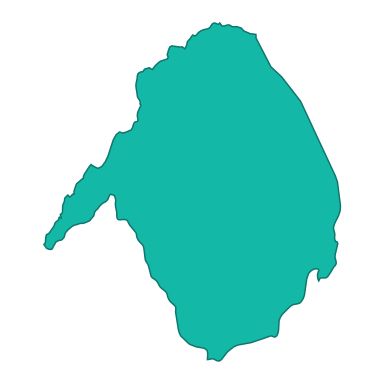 an SVG outline of Vakaga
{"feature_id": "CAF-812", "entity_name": "Vakaga", "entity_type": "Prefecture", "adm_level": 1, "iso_a3": "CAF", "parent_name": "Central African Republic", "parent_adm1": "", "projection": "equal_earth", "projection_center": [21.98, 9.792], "detail": "fine", "context": "isolated", "style": "filled", "palette": "teal", "viewbox_px": 384, "rotation_deg": 0, "n_neighbors": 0, "source": "natural_earth", "source_scale": "10m", "svg_char_len": 4545}
<svg xmlns="http://www.w3.org/2000/svg" viewBox="0 0 384 384"><path d="M255.9,34.4L256.1,38.2L270.9,66.8L281.7,76.9L300.6,101.3L317.9,138.5L335.2,175.6L337.4,181.8L340.5,206.0L340.0,211.3L338.6,215.5L334.7,223.4L333.5,227.4L333.5,228.9L334.5,232.4L334.8,234.2L334.6,238.6L334.9,239.9L335.7,241.7L336.5,241.6L337.1,241.9L337.7,243.1L337.7,244.0L335.1,254.9L335.0,257.4L336.1,261.6L336.2,263.7L335.3,265.4L333.9,266.8L329.9,273.5L327.7,276.6L326.5,277.6L324.8,278.0L321.4,277.8L319.8,278.6L318.7,281.0L318.6,280.9L317.7,278.0L317.5,274.5L318.3,271.6L318.8,270.2L318.4,269.4L317.7,268.9L316.5,268.8L315.4,268.9L313.9,269.2L312.6,269.8L311.4,270.6L310.3,271.5L309.3,272.6L308.4,274.1L307.6,276.3L306.7,279.0L304.6,294.1L303.9,296.8L303.2,298.5L301.7,301.0L300.2,302.7L299.5,303.1L298.6,303.5L297.5,303.8L293.6,304.5L291.8,305.2L289.6,307.0L282.4,314.2L280.4,317.2L279.1,320.6L278.6,329.4L278.2,332.5L276.9,335.6L275.8,336.7L274.6,337.1L271.6,336.0L270.5,336.0L251.2,342.6L238.0,345.0L234.0,346.6L228.8,350.7L227.2,352.2L221.5,359.5L220.4,360.4L219.4,360.9L218.7,361.0L217.9,360.9L216.9,360.7L213.4,358.9L212.1,358.8L210.8,359.0L209.7,359.3L207.4,359.6L207.7,354.7L207.6,353.0L207.4,351.4L206.8,350.2L205.7,349.1L204.0,348.2L196.2,346.8L190.4,344.6L188.8,343.7L180.9,336.1L179.5,333.5L178.5,330.2L175.6,312.1L175.8,308.2L175.7,306.9L174.7,305.6L169.9,301.2L168.6,299.0L167.7,296.8L167.3,294.8L166.8,293.3L166.3,292.4L165.1,291.1L161.3,288.1L159.8,286.5L157.3,281.9L156.2,280.6L155.0,279.6L152.2,277.7L151.3,276.6L150.8,275.1L148.6,266.2L147.8,264.2L146.9,262.7L146.1,261.6L145.4,260.1L145.1,258.4L144.0,249.2L143.5,246.7L142.7,245.1L138.9,241.0L137.9,239.5L137.1,237.8L136.7,236.2L136.2,233.4L135.8,232.5L129.7,225.1L128.6,223.2L127.9,221.6L126.9,220.2L125.6,219.6L122.9,219.5L120.2,219.8L118.7,219.7L117.7,219.1L117.2,218.3L116.9,217.2L116.8,216.0L116.8,213.3L116.6,211.7L115.6,206.8L115.4,204.9L115.4,203.3L115.7,200.6L115.6,199.5L115.4,198.4L114.8,196.7L114.3,195.6L113.4,195.1L110.8,194.4L110.3,194.4L109.7,194.9L109.2,196.0L108.8,196.8L108.3,198.4L108.0,199.0L107.7,199.6L107.2,200.2L106.4,201.0L105.7,201.6L105.0,202.1L103.5,202.8L102.2,203.7L99.9,205.8L97.8,208.7L95.6,210.8L95.0,211.7L94.5,212.6L94.2,214.1L93.8,215.6L93.5,216.2L93.1,216.6L92.3,217.5L91.6,218.4L90.4,219.7L90.1,220.3L89.2,221.0L84.4,223.0L82.8,223.3L80.6,223.4L79.3,223.7L76.8,224.6L75.5,224.8L73.8,225.4L72.1,226.4L68.6,229.3L66.2,231.8L65.6,232.7L65.2,233.5L65.0,234.1L64.4,236.4L64.2,237.0L63.9,237.6L63.5,238.1L62.3,239.4L61.7,239.8L60.8,240.2L59.1,240.4L56.4,241.7L55.8,242.2L55.5,242.7L55.2,243.2L54.6,244.4L54.3,245.0L53.6,245.9L52.5,248.4L52.1,249.0L51.5,249.3L50.6,249.5L48.8,249.2L46.6,248.3L43.9,244.4L43.5,243.9L44.2,244.3L44.8,244.0L45.5,241.4L45.7,237.8L46.4,234.8L48.7,233.5L49.8,232.2L53.8,226.4L54.7,224.3L55.1,222.9L56.1,221.8L58.3,220.1L58.8,218.9L59.0,217.6L59.5,217.1L61.1,218.1L61.0,216.3L60.8,215.8L60.4,215.2L60.4,214.3L61.8,213.6L62.5,211.9L62.6,207.1L62.9,205.0L64.4,201.2L64.7,198.5L65.0,197.9L65.6,197.2L66.3,196.5L66.8,196.2L67.0,195.9L67.1,195.6L67.3,195.3L67.9,195.1L68.4,195.4L69.4,196.8L69.7,197.0L70.5,196.6L71.2,195.9L72.6,194.2L73.0,194.1L73.5,194.3L73.8,194.3L74.0,193.7L73.9,191.8L74.0,191.3L75.6,186.2L76.6,183.8L82.4,178.8L83.2,178.5L83.5,176.3L84.3,174.3L89.6,166.1L91.1,164.5L92.5,165.7L96.8,167.9L98.2,168.3L101.8,166.5L105.2,161.9L107.9,156.3L113.3,139.8L116.2,134.7L119.5,132.0L120.5,132.2L121.8,132.8L123.1,133.1L124.1,132.5L124.5,132.8L127.8,131.4L128.4,131.0L131.0,130.1L132.4,127.9L133.2,125.1L134.4,122.4L135.3,121.9L136.5,121.7L137.5,121.3L138.0,120.0L137.9,118.8L137.4,116.8L137.3,115.3L137.7,112.3L140.9,105.2L140.1,104.2L140.0,103.3L140.2,102.3L140.2,101.4L139.5,100.2L137.7,97.4L137.3,96.1L137.1,93.8L136.2,88.4L135.9,85.6L136.2,82.9L137.1,78.8L137.3,76.0L137.9,73.8L139.4,72.5L141.1,71.9L142.7,71.7L143.3,71.3L143.8,70.3L144.4,69.3L145.5,68.8L146.3,68.7L148.3,68.0L149.4,67.8L151.4,69.2L152.6,69.5L153.1,68.3L153.4,68.1L155.8,65.1L159.0,62.2L160.8,61.1L167.1,59.0L168.2,57.4L167.2,54.5L167.9,52.5L168.6,49.7L169.8,47.0L171.7,45.9L180.4,47.1L182.1,46.8L185.0,48.8L186.4,45.8L187.5,41.5L190.5,38.2L191.6,36.3L192.9,35.0L194.5,35.8L195.3,35.9L196.5,34.9L198.4,32.6L199.7,31.6L201.9,30.4L204.1,29.6L204.5,29.5L207.3,28.9L208.9,28.3L210.1,27.2L212.0,24.3L213.0,23.4L214.4,23.0L216.0,23.4L217.5,24.1L218.8,24.2L219.7,23.0L222.1,25.9L224.3,26.1L226.5,25.2L228.9,24.9L229.8,25.2L231.8,26.5L232.8,26.8L236.4,26.6L237.4,26.8L241.3,28.1L243.9,31.0L250.2,33.7L255.9,34.4Z" fill="#14b8a6" stroke="#0f766e" stroke-width="1.5"/></svg>